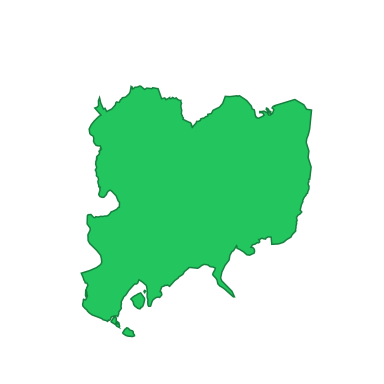 Kota Langsa, Aceh, Indonesia, rotated 162°
{"feature_id": "22746128B69628984727954", "entity_name": "Kota Langsa", "entity_type": "district", "adm_level": 2, "iso_a3": "IDN", "parent_name": "Indonesia", "parent_adm1": "Aceh", "projection": "natural_earth1", "projection_center": [98.034, 4.485], "detail": "fine", "context": "isolated", "style": "filled", "palette": "green", "viewbox_px": 384, "rotation_deg": 162, "n_neighbors": 0, "source": "geoboundaries", "source_scale": "gbopen_adm2", "svg_char_len": 6049}
<svg xmlns="http://www.w3.org/2000/svg" viewBox="0 0 384 384"><g transform="rotate(162 192 192)"><path d="M322.4,149.0L321.9,143.5L322.1,142.1L321.6,140.3L321.6,138.5L320.1,137.9L319.8,135.4L321.6,133.6L323.2,131.1L323.0,129.5L323.5,127.5L323.5,125.4L326.4,122.4L327.1,122.3L328.1,123.5L328.4,123.4L329.8,120.4L330.7,119.2L331.0,117.2L329.5,113.9L328.4,112.4L328.3,111.3L327.2,109.0L325.0,106.0L318.7,101.0L316.6,99.1L316.2,98.1L313.0,96.0L312.4,95.0L312.0,95.1L311.1,96.0L310.2,95.5L309.3,95.7L307.2,98.2L303.3,98.0L301.9,97.4L301.1,96.6L299.2,99.0L298.8,100.4L295.2,103.1L294.8,105.6L293.6,107.5L293.5,108.7L293.1,109.6L290.3,112.2L289.9,113.0L286.5,114.7L282.6,117.9L275.2,122.2L273.1,121.7L271.9,122.1L269.5,124.9L267.0,121.7L264.5,117.6L264.3,116.8L264.9,112.7L265.5,111.5L265.6,109.8L266.2,109.0L267.2,105.7L267.2,102.9L268.0,101.4L268.8,98.2L268.6,96.8L267.1,96.2L266.6,96.3L263.9,100.1L262.4,101.5L259.1,102.7L256.8,102.6L255.3,101.7L252.5,103.5L252.1,106.2L252.9,106.6L253.1,107.2L250.3,110.9L249.8,111.1L247.2,111.2L246.6,111.7L245.4,111.1L244.0,111.1L242.5,109.2L235.8,113.1L231.8,114.4L231.0,115.2L226.1,116.5L223.9,118.6L219.3,120.4L218.6,121.1L216.6,120.6L210.1,117.7L208.5,118.0L205.4,119.2L202.7,119.4L199.5,117.8L197.8,115.4L195.3,114.2L193.3,112.4L193.9,111.3L196.6,108.8L197.8,107.2L197.6,106.1L196.0,102.9L195.4,100.7L195.8,96.7L194.6,94.0L192.8,92.1L190.9,89.5L185.1,79.5L184.0,79.2L184.7,85.3L191.1,98.2L191.4,101.3L188.3,106.7L183.3,112.0L177.7,115.9L175.6,120.0L172.7,122.8L170.5,123.5L166.2,127.2L166.0,126.6L166.6,124.6L164.5,122.7L161.4,119.1L159.2,115.3L156.6,114.1L151.8,114.7L150.9,116.0L150.5,117.7L150.7,119.3L151.4,120.4L153.0,121.2L151.1,122.9L149.7,123.1L148.3,122.9L145.7,123.6L144.4,123.1L143.3,123.4L142.8,124.3L143.1,126.1L142.4,125.8L141.2,126.3L139.6,126.4L138.7,125.5L136.6,124.5L136.1,125.2L133.4,125.8L130.7,124.6L132.3,117.6L125.8,115.9L120.6,115.9L116.3,117.6L111.9,118.5L110.0,120.4L105.4,122.9L105.0,124.6L104.4,125.4L103.3,128.1L102.3,129.4L101.9,131.5L100.9,132.2L100.5,135.5L98.3,137.2L96.1,137.7L93.8,139.1L94.7,141.3L91.8,146.2L89.5,148.6L89.3,149.8L86.8,152.4L84.8,153.5L83.8,154.8L82.5,155.1L81.9,156.4L79.9,158.7L78.9,161.4L79.2,163.0L78.9,164.6L77.9,165.3L76.9,168.1L76.1,167.8L71.0,178.9L70.9,189.0L68.2,194.8L68.1,203.7L66.4,207.3L63.8,210.4L60.7,215.4L53.0,233.0L57.5,235.3L58.7,240.4L65.6,248.2L86.9,248.6L86.9,248.0L88.5,248.3L89.9,247.2L88.6,245.2L91.0,242.0L93.7,240.9L95.4,241.7L95.8,243.3L95.2,243.7L94.1,243.5L93.0,241.9L92.6,242.3L92.7,242.7L92.2,243.9L92.3,244.3L94.1,244.9L93.5,245.9L94.2,247.9L95.2,248.8L95.9,247.7L95.0,245.8L96.2,244.3L98.5,246.7L101.0,247.0L102.6,247.6L102.9,247.1L102.9,246.3L101.9,246.3L100.1,245.1L99.7,242.8L101.3,242.2L105.4,241.6L106.4,241.9L107.4,242.5L107.5,243.4L108.1,243.6L108.0,246.7L107.6,248.5L107.4,250.9L109.1,252.4L109.0,255.4L111.7,262.0L113.4,264.3L117.1,268.9L119.2,269.0L119.4,269.6L126.5,271.0L130.8,272.7L135.4,266.8L139.6,264.2L146.7,263.2L149.4,260.6L153.0,261.0L153.3,259.6L153.8,259.3L155.6,259.4L158.0,258.5L159.0,258.9L161.2,258.8L161.9,257.5L162.8,257.4L164.5,257.2L165.5,257.8L166.0,257.5L166.7,256.4L170.7,254.0L171.6,253.2L172.5,253.2L171.6,253.4L171.4,254.3L171.4,254.7L172.2,255.1L171.6,256.5L171.9,258.0L172.5,258.9L173.2,259.2L178.1,263.9L177.3,265.1L177.8,266.4L177.7,267.7L178.0,269.6L176.5,273.0L176.4,275.5L175.8,277.9L174.5,279.7L174.8,280.9L174.3,282.6L174.9,282.6L176.8,284.1L178.0,286.5L179.2,286.1L180.2,286.6L181.1,287.9L183.2,287.2L184.3,287.9L184.1,288.7L186.9,288.0L187.9,288.3L188.0,287.2L188.8,289.9L192.1,290.1L192.3,300.7L197.1,303.3L198.3,302.7L202.9,304.8L205.4,304.2L208.0,308.4L209.3,309.0L210.4,308.7L212.6,308.8L213.7,309.3L216.5,308.2L217.1,309.0L216.6,309.7L216.6,310.4L217.0,310.3L217.3,311.1L219.9,306.3L221.6,304.7L226.0,302.7L229.1,303.2L230.3,302.1L231.4,301.9L233.4,299.8L234.9,300.2L235.6,300.9L236.6,300.7L238.1,298.4L242.5,295.8L248.3,294.9L248.8,298.5L250.6,298.3L251.3,304.7L250.8,310.2L252.8,307.7L254.2,303.0L255.8,302.0L258.5,301.9L254.8,293.3L257.4,292.6L263.3,289.6L267.0,287.1L270.4,283.6L271.1,279.1L270.6,277.8L269.0,276.1L268.7,275.2L268.8,273.4L270.0,270.7L269.8,268.7L268.8,266.0L267.1,264.9L265.0,264.2L264.9,261.2L265.8,261.6L266.1,260.9L265.8,260.6L265.9,260.0L266.4,259.7L267.3,259.9L267.9,259.4L267.7,258.2L268.6,256.6L271.7,255.1L272.0,254.5L271.7,253.6L272.7,253.1L272.8,252.4L272.5,252.0L273.9,251.0L274.6,249.0L275.0,248.5L275.1,244.6L277.2,242.7L276.9,242.0L277.0,239.4L277.9,236.9L276.8,234.9L277.0,232.8L278.3,231.1L278.6,229.0L278.5,227.3L279.0,226.2L278.8,225.4L278.0,225.3L277.8,224.5L278.7,223.6L278.9,222.2L281.4,218.7L281.4,217.5L280.9,216.1L279.1,214.7L277.5,214.2L274.2,216.0L273.0,217.5L271.6,218.6L269.3,219.1L268.0,217.4L265.3,211.8L265.0,206.5L264.2,204.4L265.8,200.0L266.6,200.2L269.0,198.8L273.0,198.1L275.0,198.1L276.8,196.7L278.8,195.7L280.4,195.5L282.9,196.2L284.3,196.2L286.3,197.1L288.9,197.1L291.1,198.3L292.3,197.6L293.5,198.3L295.0,201.8L297.8,202.5L298.8,201.8L301.6,194.1L300.0,188.9L300.8,187.0L304.2,183.5L305.8,177.9L305.2,174.6L300.7,166.0L298.5,160.1L298.7,156.9L299.5,153.1L301.3,151.2L306.2,149.6L313.6,148.9L322.4,149.0ZM279.5,98.1L277.6,96.9L276.8,97.2L276.4,98.1L275.4,98.0L274.3,98.4L272.9,100.0L270.5,103.8L270.0,105.6L272.0,111.9L275.3,111.7L276.5,111.2L278.5,111.0L281.1,110.2L283.3,109.1L282.6,107.9L282.0,105.8L282.2,103.0L281.7,101.3L279.5,98.1ZM298.4,82.1L301.4,79.5L301.3,78.7L300.4,77.4L298.9,75.7L297.2,74.6L293.3,72.9L291.1,73.0L290.9,73.7L291.5,75.5L291.1,77.5L291.5,78.3L293.8,80.0L294.6,81.9L295.9,83.0L296.3,83.0L297.2,82.3L298.4,82.1ZM305.7,89.5L305.0,87.6L303.1,85.7L303.2,86.2L302.3,86.7L302.0,90.2L302.9,91.5L303.3,89.5L303.9,90.0L304.9,89.8L305.3,90.4L305.1,90.8L304.3,90.9L303.8,93.4L303.1,94.7L303.0,95.7L303.7,96.7L304.9,96.8L305.8,96.4L309.0,93.7L308.9,93.2L305.7,89.5ZM323.7,130.7L325.3,126.4L325.2,125.0L324.7,124.6L323.8,125.6L324.2,128.5L323.4,130.0L323.7,130.7ZM267.6,113.1L268.5,112.0L268.1,110.9L267.0,112.1L267.0,112.7L267.6,113.1Z" fill="#22c55e" stroke="#15803d" stroke-width="1.5"/></g></svg>